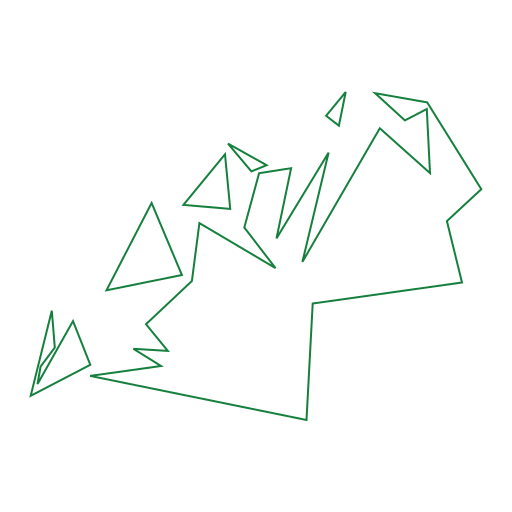 an SVG outline of Troms
{"feature_id": "NOR-900", "entity_name": "Troms", "entity_type": "County", "adm_level": 1, "iso_a3": "NOR", "parent_name": "Norway", "parent_adm1": "", "projection": "albers", "projection_center": [18.955, 69.32], "detail": "coarse", "context": "isolated", "style": "outline", "palette": "green", "viewbox_px": 512, "rotation_deg": 0, "n_neighbors": 0, "source": "natural_earth", "source_scale": "10m", "svg_char_len": 720}
<svg xmlns="http://www.w3.org/2000/svg" viewBox="0 0 512 512"><path d="M462.0,282.5L312.7,303.5L306.5,420.0L90.1,375.9L161.0,366.0L133.4,348.8L167.8,350.9L146.0,324.2L191.9,281.0L199.4,223.1L275.5,268.1L244.3,227.5L259.1,173.2L291.1,168.2L276.5,238.4L328.6,152.6L302.4,261.9L379.8,128.3L430.0,173.1L426.8,109.0L404.9,120.4L375.1,93.2L427.2,102.4L481.3,189.2L446.9,221.1L462.0,282.5ZM151.6,203.0L181.9,275.0L106.5,290.3L151.6,203.0ZM51.8,310.7L54.8,347.6L40.6,366.5L37.5,384.1L73.0,321.1L90.3,364.8L30.7,395.8L51.8,310.7ZM225.0,154.3L230.2,208.9L183.4,204.9L225.0,154.3ZM228.0,143.6L266.6,165.2L251.4,171.4L228.0,143.6ZM345.7,92.0L338.9,125.7L326.1,115.8L345.7,92.0Z" fill="none" stroke="#15803d" stroke-width="2"/></svg>